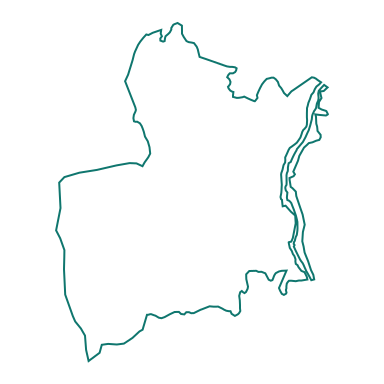 the district of Markz Samalut, Al Minya, Egypt
{"feature_id": "37247803B46419468197970", "entity_name": "Markz Samalut", "entity_type": "district", "adm_level": 2, "iso_a3": "EGY", "parent_name": "Egypt", "parent_adm1": "Al Minya", "projection": "orthographic", "projection_center": [30.711, 28.284], "detail": "fine", "context": "isolated", "style": "outline", "palette": "teal", "viewbox_px": 384, "rotation_deg": 0, "n_neighbors": 0, "source": "geoboundaries", "source_scale": "gbopen_adm2", "svg_char_len": 5608}
<svg xmlns="http://www.w3.org/2000/svg" viewBox="0 0 384 384"><path d="M307.4,279.5L306.8,276.8L305.3,273.7L304.4,272.1L301.4,270.9L298.6,267.3L297.5,265.1L295.8,263.9L295.4,261.6L295.5,259.2L294.4,256.1L292.9,254.0L291.8,251.0L289.8,247.9L288.9,243.6L288.7,242.3L288.8,242.2L291.3,241.6L292.8,238.1L295.7,223.3L295.2,215.5L290.9,211.7L285.6,205.7L282.7,206.3L282.4,204.1L282.1,201.2L282.0,199.9L281.1,199.2L280.5,197.0L281.3,192.9L281.5,190.4L281.7,186.1L281.8,184.8L281.5,180.5L281.3,177.3L281.1,174.7L281.3,173.1L282.5,169.8L283.5,165.3L283.6,165.0L285.1,162.5L285.3,160.2L285.2,157.4L285.8,156.2L287.3,152.9L288.6,149.9L289.8,147.9L291.7,146.6L294.7,144.4L296.8,142.7L298.4,140.5L300.4,137.5L301.5,134.4L302.3,131.8L303.4,129.8L304.4,129.0L306.3,126.7L306.9,124.6L306.9,123.9L307.1,120.3L306.9,117.3L306.9,113.2L307.0,109.8L307.0,108.1L307.7,105.8L308.4,102.8L309.9,99.2L311.4,94.8L313.5,92.4L314.8,89.2L316.4,86.6L319.4,84.2L321.1,82.3L318.5,80.6L316.7,79.3L316.2,78.8L314.1,77.7L311.8,77.3L309.8,78.7L293.3,90.1L291.6,91.2L291.0,91.8L290.4,92.5L289.0,94.1L287.3,96.1L284.0,93.0L282.9,90.9L281.3,88.2L279.1,85.6L277.9,81.9L275.7,79.2L273.6,77.7L271.4,77.7L269.3,78.3L266.7,78.9L264.6,81.1L264.0,81.8L262.0,84.4L260.0,88.2L258.5,91.4L256.9,95.2L257.5,97.9L256.1,99.7L254.9,101.2L254.4,101.2L250.7,99.7L247.4,98.2L244.2,96.6L242.6,97.2L238.9,97.8L236.8,97.9L233.0,96.9L233.0,96.1L233.0,95.3L233.4,92.0L231.8,91.5L230.2,90.5L228.6,88.4L228.0,86.8L229.0,85.7L230.1,84.1L230.5,81.9L229.4,79.3L227.2,77.2L228.3,75.0L229.8,73.3L233.0,73.3L235.1,72.1L236.1,70.5L236.5,68.7L236.6,68.3L235.0,67.3L232.4,66.9L230.2,66.9L227.0,66.4L224.3,65.5L205.8,59.0L202.2,57.8L199.6,56.9L198.4,52.1L197.8,49.4L196.7,46.7L194.0,43.1L191.8,42.6L188.6,42.1L187.2,41.4L186.5,41.1L183.7,36.9L182.0,33.7L182.0,31.5L182.0,31.2L182.0,30.7L181.9,25.6L177.5,23.0L174.4,24.2L173.3,24.8L171.3,28.0L171.3,29.6L169.8,32.4L168.2,34.0L165.6,36.2L165.1,37.8L164.6,41.1L163.1,41.6L160.4,40.6L160.3,38.5L161.9,36.3L160.7,33.6L161.2,29.9L152.7,32.8L148.5,35.0L146.3,34.5L143.3,37.8L140.2,41.7L138.1,44.9L135.3,51.0L135.1,51.4L134.1,54.1L132.6,60.1L130.6,66.6L129.6,69.8L128.1,74.7L125.1,81.2L135.3,107.3L135.9,109.9L135.7,110.7L135.4,111.6L133.9,114.8L133.4,118.1L134.0,121.3L135.6,121.8L137.2,121.7L139.9,123.3L141.6,125.9L142.7,128.6L143.8,131.8L145.0,136.6L147.8,141.3L149.5,147.2L150.2,153.6L148.2,157.4L144.6,162.4L142.5,166.2L136.5,163.4L129.6,163.1L116.5,165.4L97.0,169.9L79.4,172.7L64.4,177.1L59.2,182.6L60.5,208.1L56.1,230.4L60.2,238.3L64.4,250.1L64.3,256.9L64.0,269.2L65.2,294.6L72.8,316.0L75.2,321.5L80.9,328.5L83.3,332.7L85.0,335.6L86.1,349.9L88.6,361.0L99.6,352.8L101.8,344.8L108.1,343.9L116.8,344.5L123.9,343.6L132.5,337.9L139.5,331.4L142.6,329.7L147.0,314.8L147.6,314.8L148.1,314.8L150.2,314.2L151.2,314.2L153.9,315.2L155.5,315.7L158.8,317.7L161.5,318.2L164.6,317.1L169.9,314.2L174.6,312.0L178.9,311.9L181.1,314.0L184.3,314.4L186.3,312.2L189.0,312.2L191.2,313.2L193.8,313.1L200.7,309.7L201.4,309.5L209.6,306.3L213.9,306.7L218.2,306.6L219.0,307.0L222.5,308.7L224.1,309.7L225.2,310.2L226.2,310.7L228.9,311.2L230.5,311.2L231.6,313.8L233.3,314.9L234.9,315.9L237.5,314.5L238.0,314.2L239.1,313.1L240.3,311.0L240.0,308.3L240.0,305.0L239.8,300.2L239.2,295.9L240.2,292.2L241.8,291.0L242.9,292.1L244.5,293.1L246.0,292.0L247.6,288.8L248.0,286.6L247.5,284.5L246.3,279.1L246.2,275.4L246.2,274.3L249.3,271.0L249.8,271.0L256.2,270.8L258.4,271.9L261.5,271.8L265.3,273.3L265.6,273.8L267.0,276.5L268.7,279.7L270.8,280.7L272.4,280.1L272.9,279.0L273.3,278.0L273.9,276.3L274.4,275.2L275.4,273.6L276.0,273.0L279.1,271.4L279.6,271.3L281.8,270.8L284.4,270.7L286.5,270.6L279.0,288.0L280.1,290.7L281.8,293.8L283.9,294.9L286.0,293.7L286.5,292.7L285.9,290.0L286.4,288.4L286.4,286.2L286.8,283.5L287.9,281.9L288.9,280.8L291.0,280.7L295.8,281.2L298.5,280.6L299.5,280.5L301.6,280.5L306.3,279.7L307.4,279.5L307.4,279.5ZM314.2,279.4L313.3,274.8L311.0,270.1L308.1,261.2L306.4,257.0L304.6,252.5L303.6,246.6L302.3,241.3L302.9,232.0L304.7,224.7L302.6,214.5L300.4,208.2L296.3,196.1L295.8,191.6L292.4,188.1L290.7,186.9L290.2,183.6L289.9,181.7L289.6,180.0L289.5,178.0L293.6,176.2L294.9,174.3L293.3,171.7L298.0,160.7L299.3,155.9L304.0,147.6L307.1,144.8L308.8,143.1L312.5,142.3L316.2,140.7L319.3,139.9L320.7,137.3L320.6,134.8L318.9,132.7L317.5,130.9L317.4,129.2L317.1,126.5L316.3,123.8L316.1,119.4L316.0,116.8L315.3,114.4L319.3,114.9L325.9,115.5L326.2,115.4L327.7,114.5L327.9,114.2L326.4,111.2L326.1,111.0L326.0,110.9L321.6,109.5L318.6,107.8L319.0,102.0L321.5,98.0L321.0,96.2L320.2,92.6L320.3,91.3L321.5,91.3L323.7,91.0L327.6,87.4L324.1,84.9L321.1,88.1L318.8,90.8L318.3,93.1L318.2,93.8L318.4,95.7L318.6,98.0L318.2,100.6L316.9,103.5L316.5,105.6L316.1,107.9L315.2,109.6L314.2,110.9L313.6,112.2L312.6,114.4L312.1,116.2L311.8,119.3L310.2,125.5L308.7,130.3L307.6,132.5L305.5,137.2L302.9,142.0L300.6,144.7L300.1,145.3L298.0,147.8L296.9,149.1L296.5,150.4L295.8,151.5L294.3,154.2L293.0,156.8L291.4,160.3L290.8,161.9L288.7,163.2L288.4,164.6L287.9,167.6L287.9,169.9L287.7,171.3L286.9,173.1L286.5,175.2L286.6,182.7L286.5,184.9L285.8,186.0L285.4,187.0L285.3,188.0L285.8,190.4L287.4,192.5L287.0,196.2L286.9,197.8L287.4,200.1L288.7,200.5L290.0,201.5L291.3,203.1L292.3,205.8L293.9,209.8L295.9,215.6L296.6,218.4L297.4,221.9L297.5,228.2L297.4,230.6L296.8,234.9L295.7,237.1L294.8,240.8L294.0,242.1L293.7,243.9L294.2,244.5L294.5,244.9L294.5,245.3L293.8,246.5L295.5,250.3L297.8,255.0L300.2,259.8L300.5,260.1L300.8,260.7L302.7,263.2L303.7,265.2L304.8,267.8L305.6,269.5L306.1,270.8L307.3,272.8L308.2,274.4L309.2,276.2L311.3,280.2L314.2,279.4Z" fill="none" stroke="#0f766e" stroke-width="2"/></svg>